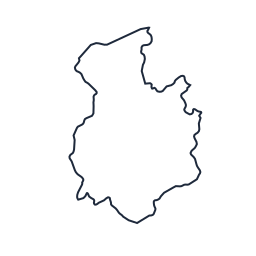 Telšiai, Mercator projection, rotated 337°
{"feature_id": "LTU-936", "entity_name": "Telšiai", "entity_type": "County", "adm_level": 1, "iso_a3": "LTU", "parent_name": "Lithuania", "parent_adm1": "", "projection": "mercator", "projection_center": [22.175, 56.01], "detail": "fine", "context": "isolated", "style": "outline", "palette": "slate", "viewbox_px": 256, "rotation_deg": 337, "n_neighbors": 0, "source": "natural_earth", "source_scale": "10m", "svg_char_len": 3166}
<svg xmlns="http://www.w3.org/2000/svg" viewBox="0 0 256 256"><g transform="rotate(337 128 128)"><path d="M126.2,37.0L131.8,37.4L134.2,38.7L138.8,42.1L141.3,43.1L178.3,41.9L186.3,43.7L186.6,43.9L185.0,45.4L184.0,46.0L183.4,47.1L183.7,48.5L184.6,49.9L185.3,51.6L185.2,53.5L184.6,55.5L183.6,57.4L181.8,58.7L180.1,59.2L178.3,59.1L175.0,58.0L173.5,58.0L172.0,59.0L171.1,61.2L170.0,62.6L169.6,64.0L169.9,64.8L171.2,66.7L171.2,68.6L170.5,71.0L168.5,73.9L166.4,75.7L162.9,80.9L161.2,93.9L165.8,95.4L166.4,96.2L166.8,97.2L165.6,99.4L165.5,101.0L166.1,101.4L167.2,101.3L168.1,101.4L168.7,102.4L168.9,103.9L169.4,105.7L171.0,106.9L172.7,107.5L174.4,107.5L179.8,104.8L184.6,105.5L186.8,105.1L188.5,104.4L189.4,103.2L190.7,102.4L194.5,101.3L197.2,100.9L198.9,101.4L199.8,102.4L199.8,103.6L199.3,105.2L199.1,107.0L199.4,108.9L200.0,110.4L202.0,112.8L199.9,113.9L198.4,114.2L198.2,114.5L197.6,115.7L197.1,116.1L196.6,116.4L190.7,117.7L189.5,119.0L189.3,120.8L190.4,124.4L190.5,127.3L190.4,129.0L190.0,130.1L189.3,131.0L187.5,132.4L186.9,133.2L186.9,134.3L187.3,136.0L189.1,138.3L190.2,139.6L191.9,139.9L193.2,139.5L194.2,138.6L194.7,137.4L195.2,136.5L196.1,136.3L197.1,137.1L198.5,139.4L199.6,140.5L200.9,141.3L201.5,141.9L201.4,142.6L199.8,143.5L198.3,144.6L198.7,147.1L195.0,151.5L193.2,157.0L192.0,158.6L190.1,159.6L188.4,159.8L186.4,160.4L185.5,161.6L185.3,163.4L185.6,167.5L185.1,169.7L183.8,170.9L182.0,172.3L180.5,172.9L178.8,173.4L177.4,174.0L175.8,175.5L175.7,177.0L177.2,180.6L177.6,182.7L177.2,185.6L176.9,187.7L176.7,189.7L176.9,191.5L177.6,195.1L177.4,196.8L176.4,198.0L175.3,198.6L171.4,202.1L161.9,203.7L160.5,203.4L159.0,202.6L157.6,202.2L154.5,202.4L153.0,202.0L149.3,200.2L146.2,200.5L135.9,201.7L131.6,203.7L129.4,205.3L127.9,205.6L126.2,205.6L124.7,205.1L123.7,205.3L123.1,205.7L122.6,206.7L122.2,207.9L121.8,209.5L121.7,210.8L121.8,212.1L121.7,213.1L121.1,214.1L118.0,217.2L116.7,217.7L115.0,217.5L113.4,216.9L99.2,219.0L92.6,213.2L88.9,207.7L88.5,206.3L88.0,205.3L87.1,203.8L86.5,202.4L85.9,199.3L85.6,198.3L85.2,197.1L82.8,192.8L82.6,191.5L83.1,190.3L83.3,189.2L83.4,187.9L83.5,186.7L83.9,185.5L83.5,184.7L82.6,184.0L80.6,184.2L77.7,185.2L71.7,185.4L70.2,185.9L68.7,186.0L67.7,185.7L67.2,184.4L67.5,183.3L68.2,182.3L68.6,181.4L68.5,180.4L67.9,179.5L66.9,178.3L65.5,176.0L65.4,174.7L65.5,173.2L65.2,172.1L64.6,171.9L62.2,174.0L60.6,174.7L59.5,175.1L54.2,174.5L54.0,173.2L54.1,172.0L54.5,171.0L55.2,169.7L56.9,167.7L63.5,162.2L64.1,161.5L64.5,160.3L66.3,158.8L66.8,157.7L66.5,156.0L66.0,154.8L63.8,151.3L63.2,149.9L62.7,148.0L62.6,145.9L63.1,136.9L62.9,135.4L62.6,134.0L62.5,132.8L63.0,131.4L64.5,130.2L67.4,129.5L68.6,128.5L69.9,126.8L74.2,118.2L75.0,113.6L81.0,108.0L82.3,107.2L87.1,106.9L88.4,106.5L89.4,105.7L90.7,104.0L91.8,103.0L93.5,102.7L99.6,102.7L100.9,101.8L101.9,101.0L104.9,94.4L106.3,90.7L107.0,89.7L107.7,88.2L108.5,85.8L109.4,84.8L110.5,84.3L111.8,84.2L112.8,83.6L113.2,82.6L112.6,80.4L109.1,72.1L108.4,70.8L106.9,68.9L106.5,67.1L106.2,64.9L106.2,60.2L105.4,58.3L104.3,56.9L103.3,56.0L102.6,54.7L102.4,53.4L102.7,51.7L103.6,50.7L108.1,48.3L109.7,46.9L110.1,44.6L112.4,43.6L126.2,37.0Z" fill="none" stroke="#1e293b" stroke-width="2"/></g></svg>